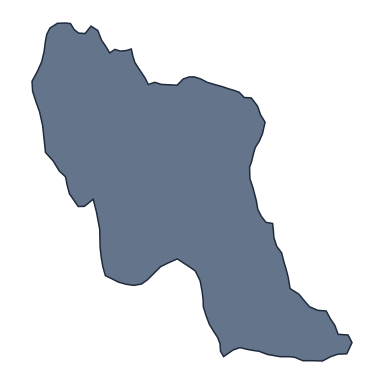 Barrinha, São Paulo, Brazil
{"feature_id": "56859067B45881717181583", "entity_name": "Barrinha", "entity_type": "district", "adm_level": 2, "iso_a3": "BRA", "parent_name": "Brazil", "parent_adm1": "São Paulo", "projection": "equal_earth", "projection_center": [-48.087, -21.233], "detail": "fine", "context": "isolated", "style": "filled", "palette": "slate", "viewbox_px": 384, "rotation_deg": 0, "n_neighbors": 0, "source": "geoboundaries", "source_scale": "gbopen_adm2", "svg_char_len": 1689}
<svg xmlns="http://www.w3.org/2000/svg" viewBox="0 0 384 384"><path d="M265.1,122.2L260.6,114.9L257.5,106.1L251.3,97.9L244.3,97.5L239.1,92.2L233.8,90.3L228.6,88.8L222.5,86.7L214.6,84.5L207.1,82.3L200.9,79.0L194.4,76.9L189.3,76.9L183.1,79.0L177.1,85.2L169.3,84.8L161.4,84.4L154.7,82.3L148.3,84.5L145.0,77.9L141.6,72.8L138.3,67.8L134.8,62.4L132.9,56.2L131.3,49.0L126.4,50.5L120.4,51.1L114.9,49.4L109.7,52.9L105.9,46.5L101.6,40.3L97.8,30.5L91.0,26.1L85.1,33.5L78.6,33.1L74.1,29.5L70.5,23.6L65.5,23.0L57.4,23.3L50.0,28.0L46.8,34.2L45.5,40.7L44.1,51.5L41.7,61.7L37.4,71.4L32.0,81.3L32.6,91.3L36.0,101.9L39.5,111.6L42.6,125.3L45.5,152.5L53.1,160.9L59.3,171.0L65.5,176.8L67.4,186.2L69.5,193.9L78.2,206.5L84.4,206.4L93.2,199.2L96.5,212.2L99.7,229.3L100.1,247.4L101.3,257.9L102.9,266.9L105.4,275.7L111.3,278.5L118.4,282.1L126.2,284.3L134.0,285.4L141.6,284.0L147.3,279.9L160.7,266.6L168.0,263.0L177.4,258.9L183.8,263.2L188.5,266.2L195.3,271.0L200.1,280.7L202.2,291.9L203.1,299.9L203.3,306.7L206.0,315.4L209.3,324.2L213.9,331.8L217.6,337.4L220.0,343.6L220.5,351.2L223.6,356.6L232.9,350.1L239.9,347.6L247.8,349.5L253.4,350.5L258.7,351.2L267.7,354.5L280.2,356.7L290.1,356.7L295.0,357.4L302.8,360.7L313.6,360.7L322.5,361.0L330.8,356.6L337.9,354.2L346.8,353.8L352.0,342.6L348.1,335.0L338.1,334.3L334.8,325.3L330.3,318.7L326.2,311.0L317.6,310.3L309.5,306.7L305.0,301.6L298.8,294.1L290.1,288.6L288.2,277.3L286.4,270.2L283.9,261.8L281.6,252.8L276.7,246.3L273.9,237.6L273.4,230.7L272.6,223.5L265.9,222.3L261.3,216.3L257.8,209.4L256.2,200.1L253.0,187.9L249.9,178.6L249.6,167.3L251.8,160.9L253.4,153.9L255.3,147.5L259.4,141.0L262.5,133.6L265.1,122.2Z" fill="#64748b" stroke="#1e293b" stroke-width="1.5"/></svg>